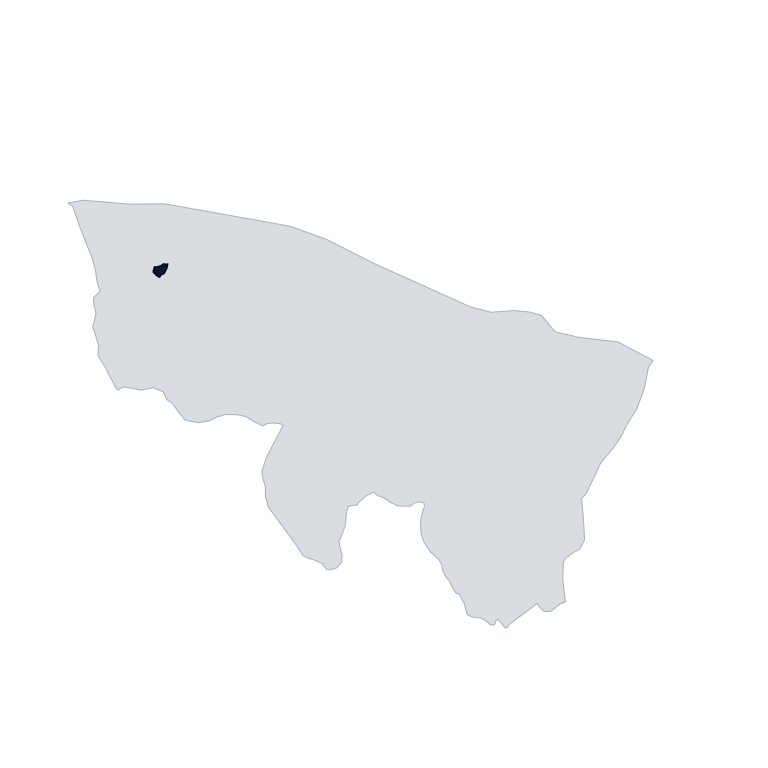 Dweh, Grand Kru, Liberia shown in context, rotated 162°
{"feature_id": "62588387B41100614633328", "entity_name": "Dweh", "entity_type": "district", "adm_level": 2, "iso_a3": "LBR", "parent_name": "Liberia", "parent_adm1": "Grand Kru", "projection": "albers", "projection_center": [-8.062, 5.074], "detail": "fine", "context": "in_parent", "style": "filled", "palette": "ink", "viewbox_px": 768, "rotation_deg": 162, "n_neighbors": 0, "source": "geoboundaries", "source_scale": "gbopen_adm2", "svg_char_len": 3005}
<svg xmlns="http://www.w3.org/2000/svg" viewBox="0 0 768 768"><g transform="rotate(162 384 384)"><path d="M120.9,323.3L127.7,317.6L137.8,299.2L151.9,281.5L164.9,271.0L175.3,260.2L186.2,252.0L201.9,242.3L225.9,216.9L231.5,214.0L235.4,196.4L241.4,173.9L248.4,166.9L264.7,162.8L268.5,158.9L274.3,143.2L278.1,124.7L278.4,120.7L284.8,120.3L295.8,116.3L302.1,118.1L304.9,123.5L306.3,127.9L339.5,116.5L342.4,114.2L344.2,114.6L348.3,125.0L350.7,124.3L352.7,121.3L354.9,121.1L357.5,122.5L360.1,127.3L364.3,131.6L371.5,134.7L376.1,138.9L375.5,150.0L377.3,160.8L380.4,163.3L382.0,169.7L382.8,176.8L384.5,180.5L385.8,187.6L385.1,195.3L386.4,200.6L391.7,209.9L394.9,221.6L395.0,229.9L393.0,238.6L389.5,246.6L383.3,255.3L382.8,258.7L386.4,260.9L392.0,261.4L396.6,259.6L408.4,263.7L414.5,269.4L420.0,276.5L424.8,280.1L427.0,284.5L435.4,283.3L445.1,279.0L447.1,277.0L450.0,278.1L456.2,278.5L460.6,270.8L464.1,261.9L471.6,252.3L475.3,248.6L476.3,242.4L476.7,234.4L479.5,227.5L485.7,223.8L492.4,223.8L496.0,225.2L497.9,231.9L503.2,237.0L507.8,240.5L510.3,242.0L514.1,245.9L517.7,259.4L532.1,302.9L531.3,314.9L528.5,322.8L528.4,330.4L527.5,338.0L518.7,350.4L492.7,375.9L494.7,378.1L500.9,381.0L507.2,382.5L512.4,381.7L518.9,388.1L525.9,396.0L533.3,400.2L543.9,403.9L553.3,404.3L561.2,402.9L572.4,404.5L584.3,411.1L588.6,422.0L591.4,431.5L595.6,436.3L596.1,444.5L604.6,451.8L616.7,453.2L632.4,461.7L636.4,461.2L638.1,460.2L640.0,461.8L644.0,486.2L647.1,499.2L645.5,504.5L643.4,508.6L643.3,528.4L636.2,539.7L635.0,552.2L633.0,556.2L625.4,559.8L625.4,569.4L623.4,580.9L622.6,593.2L624.7,625.4L625.2,649.3L628.6,653.8L613.8,651.9L570.3,633.6L536.8,623.1L424.7,563.1L393.6,539.0L357.8,503.1L278.2,430.8L260.1,419.2L237.2,413.5L223.0,407.3L213.0,400.6L205.0,380.6L185.1,368.6L148.4,351.6L120.9,323.3Z" fill="#d9dde1" stroke="#a8b0b8" stroke-width="1"/><path d="M555.3,560.6L555.0,561.0L554.9,561.3L554.5,561.6L554.3,562.0L554.0,562.5L553.3,563.7L553.1,564.0L552.7,564.9L553.1,565.0L553.6,564.9L553.9,565.0L554.4,565.2L554.8,565.4L555.3,565.7L555.5,565.8L556.1,566.1L556.5,566.2L557.3,566.3L558.1,566.0L559.1,565.6L559.9,565.4L560.8,565.4L561.0,565.4L561.7,565.5L562.2,565.5L562.7,565.5L563.3,565.5L563.8,565.5L564.2,565.6L564.9,565.7L565.5,566.0L565.8,566.3L566.1,566.3L566.2,566.2L566.5,565.9L566.6,565.6L566.6,565.3L566.8,565.1L567.0,564.9L567.1,564.7L567.0,564.4L567.0,564.1L567.3,563.7L567.7,563.7L568.1,563.6L568.3,563.2L568.3,562.7L568.7,562.1L568.9,561.9L568.8,561.5L568.7,561.2L568.3,560.6L568.2,560.4L567.9,559.9L567.5,559.4L567.4,559.0L567.4,558.4L567.1,558.0L566.7,557.4L566.2,556.8L565.9,556.6L565.8,556.3L565.5,555.9L565.2,555.5L565.0,555.1L564.7,555.0L564.4,555.1L564.2,555.3L563.9,555.4L563.5,555.6L563.3,555.8L563.0,556.0L562.8,556.3L562.5,556.6L562.2,556.7L561.8,556.9L561.5,557.0L561.2,556.9L560.5,556.8L560.4,556.8L560.2,556.8L559.7,556.8L559.1,557.1L558.7,557.4L558.5,557.5L558.3,557.7L557.7,558.2L557.0,558.8L556.1,560.0L555.8,560.4L555.3,560.6Z" fill="#0f172a" stroke="#020617" stroke-width="1.5"/></g></svg>